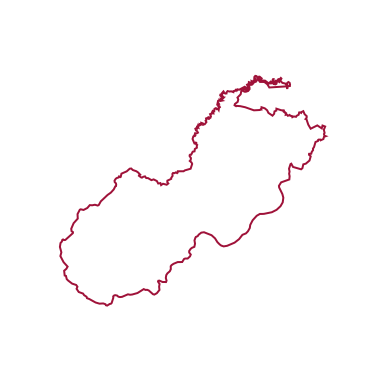 the district of San José De Uré, Córdoba, Colombia, rotated 25°
{"feature_id": "7082276B89146120642235", "entity_name": "San José De Uré", "entity_type": "district", "adm_level": 2, "iso_a3": "COL", "parent_name": "Colombia", "parent_adm1": "Córdoba", "projection": "mercator", "projection_center": [-75.56, 7.766], "detail": "fine", "context": "isolated", "style": "outline", "palette": "rose", "viewbox_px": 384, "rotation_deg": 25, "n_neighbors": 0, "source": "geoboundaries", "source_scale": "gbopen_adm2", "svg_char_len": 5947}
<svg xmlns="http://www.w3.org/2000/svg" viewBox="0 0 384 384"><g transform="rotate(25 192 192)"><path d="M254.6,214.8L255.8,209.5L258.4,206.7L259.3,204.0L259.6,200.2L258.7,197.3L258.9,192.0L260.7,186.2L262.8,183.2L266.3,181.5L272.9,176.6L276.2,172.4L278.2,167.5L278.6,163.1L277.2,158.6L274.8,155.7L269.1,151.1L268.2,149.7L268.7,145.6L274.9,139.5L273.8,136.4L272.3,134.4L271.8,132.3L270.1,129.9L269.5,125.1L270.0,124.4L273.0,126.6L281.3,125.3L282.0,123.8L281.2,119.9L283.2,118.2L285.2,113.8L284.5,109.5L282.3,108.8L282.0,107.9L283.9,106.9L283.6,105.1L284.0,102.8L283.3,101.6L283.6,99.7L282.8,94.5L284.6,92.5L284.3,91.5L284.6,91.0L286.1,90.3L286.7,90.8L288.7,88.5L288.3,86.2L289.6,84.9L288.2,85.0L287.1,83.7L287.2,82.4L285.2,79.9L285.0,76.4L282.2,76.6L282.7,79.5L277.4,78.7L272.8,84.5L268.9,81.8L265.0,77.7L264.1,77.8L264.5,76.2L263.9,74.8L261.2,73.9L258.7,71.7L257.5,73.2L257.5,74.2L256.4,74.1L255.5,74.6L256.0,76.9L254.6,78.8L254.5,79.9L252.3,80.5L251.3,81.8L250.4,80.9L248.9,81.4L247.9,80.9L246.7,82.4L245.1,81.7L244.3,82.4L244.0,81.2L242.1,80.7L242.6,80.4L241.6,80.1L240.7,79.2L238.4,80.2L233.3,80.8L234.0,82.6L232.7,84.1L233.4,86.4L232.7,88.8L227.8,88.0L225.6,86.2L222.6,85.4L219.2,85.8L220.0,87.8L219.3,87.8L219.0,88.9L218.3,89.3L213.6,91.8L204.4,92.7L199.5,93.8L196.0,95.1L195.7,95.6L193.9,95.4L193.7,94.1L195.3,91.0L194.8,88.5L193.3,87.2L194.8,82.9L193.8,78.8L197.2,78.9L198.4,78.4L200.2,76.7L200.7,74.4L199.7,72.6L198.3,71.8L199.0,70.3L200.1,70.1L201.2,69.1L202.0,66.1L203.3,65.1L203.9,62.1L204.9,61.2L205.6,62.7L207.1,63.5L211.1,61.7L214.7,62.5L217.9,64.6L232.7,56.5L233.4,56.4L234.2,57.7L234.6,57.5L234.1,55.5L235.9,54.6L235.4,53.1L234.3,51.8L232.9,51.6L232.2,52.8L232.4,53.8L233.3,54.8L232.8,55.3L230.6,54.3L227.8,54.9L225.7,54.1L225.0,53.6L225.1,51.4L224.3,51.1L223.9,52.6L222.6,53.2L222.4,53.9L224.0,54.0L224.5,55.4L222.9,55.3L222.3,55.8L222.8,58.2L222.3,59.1L220.6,59.6L220.1,59.0L221.6,57.1L221.5,55.8L220.9,55.8L220.5,57.2L219.5,57.8L219.0,57.5L218.3,55.2L217.8,55.4L217.7,56.2L219.0,59.5L217.6,60.2L217.3,59.0L216.7,58.7L216.1,60.0L216.4,60.7L215.9,61.2L211.2,60.2L207.3,61.7L206.7,61.0L207.1,59.6L204.6,58.9L204.0,59.1L203.5,60.7L201.5,59.7L200.3,60.0L199.9,61.4L200.3,62.4L201.1,62.1L202.5,62.3L201.4,62.5L202.2,64.1L201.2,64.1L200.7,64.6L200.7,66.4L199.1,66.3L200.2,68.1L197.1,68.4L197.7,70.0L196.5,71.5L199.5,74.1L199.1,75.4L197.5,76.6L195.2,77.0L195.4,75.8L197.0,74.6L195.3,74.3L191.4,79.5L190.1,79.6L189.8,81.0L189.1,80.4L188.4,80.8L188.3,82.2L187.0,83.0L187.3,84.0L185.0,84.2L183.5,85.1L181.6,85.5L181.2,87.3L181.6,88.1L180.6,88.7L179.3,88.6L178.7,89.1L178.4,87.7L178.0,87.5L177.3,90.1L178.1,91.1L176.6,91.7L176.6,92.2L178.9,92.4L178.1,93.1L179.9,93.8L180.8,93.3L180.2,95.1L178.8,95.4L179.7,96.4L180.7,96.4L179.2,97.5L178.9,96.9L178.2,96.9L178.6,97.4L177.6,97.6L177.1,98.3L177.7,101.0L178.2,100.2L179.4,100.9L178.7,102.3L179.8,102.6L179.6,103.2L180.5,104.0L181.0,103.0L181.4,103.3L180.9,104.3L181.5,106.4L180.3,105.6L179.5,106.5L178.6,106.3L177.9,105.3L178.0,106.0L177.2,107.4L178.0,109.3L176.9,109.6L178.2,111.7L177.5,111.8L176.8,112.7L176.5,112.2L176.5,112.8L175.5,113.8L177.2,115.4L177.3,116.8L176.0,117.1L176.8,117.8L176.5,118.6L175.8,118.8L174.8,118.2L173.6,119.4L174.5,120.6L174.2,121.7L175.5,122.5L174.9,125.2L174.1,125.8L173.0,125.2L171.2,125.4L171.5,125.9L170.9,126.6L171.6,126.9L170.7,127.1L171.3,127.5L170.8,128.3L169.5,128.5L169.9,129.0L169.4,129.2L169.4,130.0L170.4,131.0L169.1,131.0L169.7,132.3L168.8,132.4L168.3,133.2L169.6,134.5L171.0,134.7L172.3,135.7L171.2,137.2L170.0,137.4L170.2,139.2L171.1,139.5L170.9,140.2L170.0,140.4L169.7,141.1L170.1,143.7L173.7,147.0L174.3,146.9L174.6,145.6L175.1,145.6L175.8,146.9L176.8,147.2L176.7,147.9L177.7,149.8L176.4,151.8L177.1,154.1L175.6,155.2L175.5,158.5L174.5,159.0L174.3,159.6L174.7,160.5L176.7,161.7L177.3,163.6L176.9,164.8L179.2,165.5L180.3,166.5L180.9,171.5L176.4,175.4L175.6,176.8L170.4,179.2L170.8,180.5L170.5,181.2L169.1,181.0L168.2,182.3L166.8,182.8L166.6,183.9L167.6,185.6L167.2,187.9L167.6,188.9L164.9,192.1L165.4,193.5L166.9,194.3L166.0,196.1L162.2,196.8L161.1,198.8L159.6,197.3L157.8,198.6L155.5,196.9L151.9,196.8L150.2,198.4L146.3,198.0L144.6,198.7L142.8,197.7L141.4,198.8L140.6,200.1L139.9,200.3L137.0,199.7L137.0,199.1L137.7,198.2L135.0,197.1L132.8,196.7L129.0,197.1L127.0,196.4L125.7,197.2L124.1,200.9L120.3,205.2L121.0,208.4L120.6,208.9L119.3,208.7L119.2,210.0L118.1,210.9L117.3,212.2L117.0,214.5L117.8,215.7L119.4,216.3L120.2,217.4L120.6,218.8L120.1,219.3L120.0,222.7L118.7,226.9L116.7,230.4L113.3,239.0L113.0,243.2L112.3,244.1L109.4,244.6L107.2,246.2L104.9,247.1L103.9,250.7L101.3,254.1L98.5,254.7L97.8,255.5L97.6,260.4L99.7,264.4L97.9,270.3L98.1,276.4L99.4,278.4L101.1,278.7L101.4,279.7L97.5,288.9L96.3,289.7L95.2,289.5L94.7,290.2L95.0,291.9L94.4,293.8L95.5,297.6L99.1,301.9L99.8,305.7L105.3,309.9L110.8,312.2L110.6,314.7L109.4,317.4L111.9,321.5L113.2,321.3L115.3,323.9L117.2,324.6L122.1,325.7L126.3,325.2L128.2,326.3L128.3,328.5L131.6,330.5L136.2,330.1L137.8,331.1L140.7,331.5L141.7,332.6L144.1,332.4L151.3,332.9L155.3,332.3L158.7,330.5L161.0,330.3L161.8,331.0L163.1,330.8L164.8,328.2L165.7,327.6L166.1,326.5L165.4,321.2L164.7,319.9L165.1,318.8L165.9,318.0L167.8,317.5L169.5,318.0L171.1,317.7L172.9,316.6L177.2,311.8L179.3,311.3L181.1,310.2L185.3,306.6L189.3,300.4L191.2,300.4L192.7,299.6L194.4,299.5L199.8,301.1L201.2,300.9L202.9,298.6L203.9,294.5L202.2,291.7L201.5,289.1L199.1,287.6L199.0,286.7L199.9,286.1L203.3,286.0L206.5,284.6L206.4,283.1L204.6,281.0L203.8,278.2L204.1,276.1L205.4,273.2L205.4,270.9L204.1,268.3L204.4,266.9L205.6,264.9L208.6,261.6L212.7,259.6L213.1,256.1L213.9,255.2L216.2,254.1L217.4,251.2L217.3,249.2L215.1,248.1L214.4,246.7L214.8,244.1L215.7,242.4L217.3,240.7L216.6,237.6L214.7,234.8L214.4,232.0L214.5,231.1L215.8,229.6L216.1,227.8L217.6,224.9L219.9,223.4L228.0,222.9L232.5,224.3L236.2,226.7L239.2,227.8L241.1,228.2L243.7,227.9L246.6,225.9L252.0,219.9L254.6,214.8Z" fill="none" stroke="#9f1239" stroke-width="2"/></g></svg>